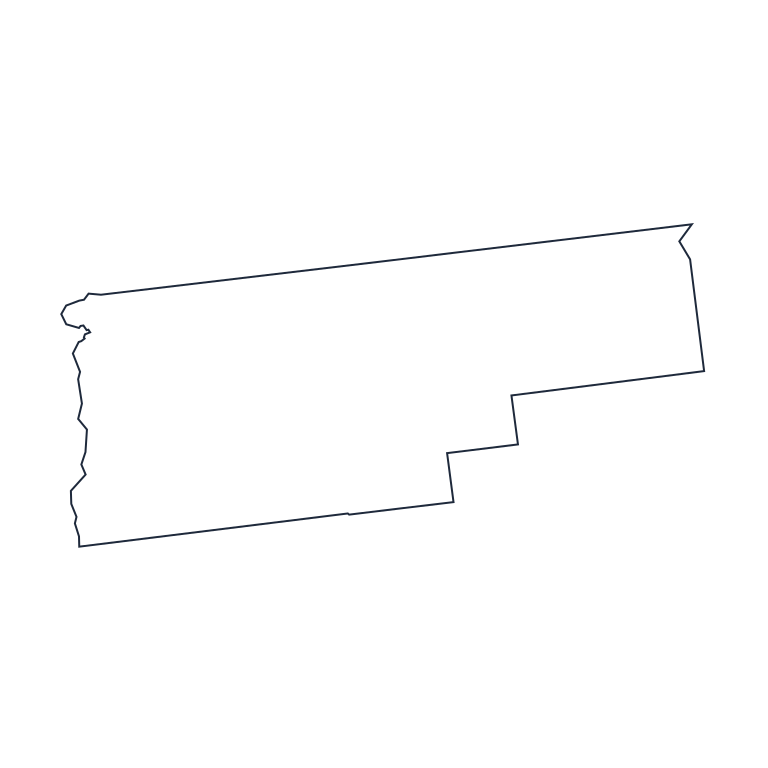 Jefferson, Oregon, United States of America (Equal Earth projection), rotated 353°
{"feature_id": "52423323B2409087912317", "entity_name": "Jefferson", "entity_type": "district", "adm_level": 2, "iso_a3": "USA", "parent_name": "United States of America", "parent_adm1": "Oregon", "projection": "equal_earth", "projection_center": [-121.528, 44.61], "detail": "fine", "context": "isolated", "style": "outline", "palette": "slate", "viewbox_px": 768, "rotation_deg": 353, "n_neighbors": 0, "source": "geoboundaries", "source_scale": "gbopen_adm2", "svg_char_len": 698}
<svg xmlns="http://www.w3.org/2000/svg" viewBox="0 0 768 768"><g transform="rotate(353 384 384)"><path d="M81.0,342.0L81.8,366.6L76.2,381.4L83.6,393.0L79.4,415.2L73.8,427.0L76.8,437.5L60.2,451.9L59.0,464.9L62.6,478.4L60.2,484.7L62.7,498.1L61.7,508.3L332.3,508.1L333.5,509.4L386.0,509.5L438.6,509.7L438.2,460.3L509.6,460.3L509.1,410.9L703.3,410.2L703.0,297.6L694.5,278.4L709.0,263.0L469.8,262.3L393.4,262.1L114.0,260.9L101.8,258.3L96.5,263.8L91.7,264.1L78.1,267.4L72.2,275.3L75.9,286.0L88.1,291.2L89.9,289.4L92.8,289.3L95.4,294.3L97.2,294.1L98.6,296.9L93.2,298.3L91.8,301.2L92.4,302.4L88.7,304.6L86.1,305.1L78.9,315.8L83.8,334.9L81.0,342.0Z" fill="none" stroke="#1e293b" stroke-width="2"/></g></svg>